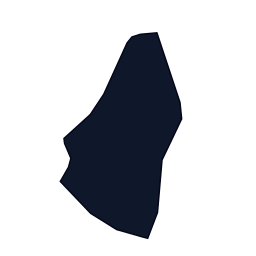 Diego Martin, Natural Earth projection, rotated 110°
{"feature_id": "TTO-51", "entity_name": "Diego Martin", "entity_type": "Region", "adm_level": 1, "iso_a3": "TTO", "parent_name": "Trinidad and Tobago", "parent_adm1": "", "projection": "natural_earth1", "projection_center": [-61.564, 10.711], "detail": "fine", "context": "isolated", "style": "filled", "palette": "ink", "viewbox_px": 256, "rotation_deg": 110, "n_neighbors": 0, "source": "natural_earth", "source_scale": "10m", "svg_char_len": 400}
<svg xmlns="http://www.w3.org/2000/svg" viewBox="0 0 256 256"><g transform="rotate(110 128 128)"><path d="M159.7,184.6L128.2,168.0L104.5,162.3L48.2,157.9L41.1,155.4L35.7,148.4L28.7,133.4L86.2,87.9L101.1,80.7L146.4,85.1L197.3,71.4L224.9,71.8L225.4,77.1L227.3,104.0L221.0,133.8L201.4,173.3L185.1,170.5L176.0,171.3L164.2,182.3L159.7,184.6Z" fill="#0f172a" stroke="#020617" stroke-width="1.5"/></g></svg>